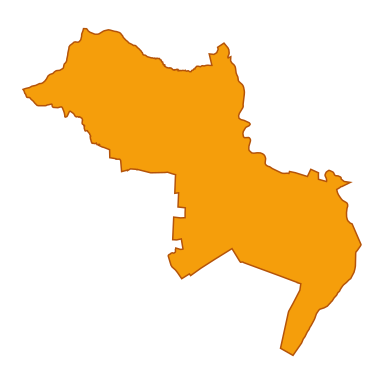 Feldioara, Brasov, Romania
{"feature_id": "2599482B87521690287479", "entity_name": "Feldioara", "entity_type": "district", "adm_level": 2, "iso_a3": "ROU", "parent_name": "Romania", "parent_adm1": "Brasov", "projection": "albers", "projection_center": [25.526, 45.82], "detail": "fine", "context": "isolated", "style": "filled", "palette": "amber", "viewbox_px": 384, "rotation_deg": 0, "n_neighbors": 0, "source": "geoboundaries", "source_scale": "gbopen_adm2", "svg_char_len": 5782}
<svg xmlns="http://www.w3.org/2000/svg" viewBox="0 0 384 384"><path d="M352.1,223.9L350.2,223.1L347.9,220.8L347.3,219.6L346.6,216.9L346.5,212.6L347.0,208.4L347.7,206.1L347.6,204.4L347.3,203.7L346.9,203.0L345.9,202.3L342.5,200.3L341.0,198.6L338.7,195.2L337.9,193.6L337.4,192.4L336.7,189.5L339.7,187.7L340.9,186.7L341.8,186.6L350.3,182.4L344.2,181.5L341.2,179.1L341.0,177.5L340.5,177.0L338.1,175.9L335.8,175.7L335.0,175.3L334.5,174.8L333.8,173.1L333.3,172.4L332.7,171.9L329.4,170.4L328.7,170.4L326.4,172.0L325.6,173.3L325.0,175.1L325.3,176.3L326.2,178.1L326.4,179.0L326.7,180.2L326.5,181.5L318.5,179.3L318.4,174.8L318.5,172.8L310.8,169.3L307.4,176.5L295.3,172.7L289.5,171.5L288.9,173.5L287.3,173.2L284.6,173.4L282.6,173.3L281.3,172.9L272.4,168.6L269.6,166.7L268.0,166.3L266.3,165.3L265.2,163.7L265.2,162.5L265.6,159.0L265.6,158.3L264.9,156.1L263.8,154.6L262.4,153.7L260.3,152.9L257.1,152.8L253.9,153.2L251.7,152.9L249.2,150.5L248.8,149.1L248.9,146.3L250.4,141.2L250.5,140.1L250.3,139.2L249.4,137.9L248.5,137.5L244.6,137.7L243.9,137.2L243.4,136.4L242.9,133.6L243.3,131.5L245.4,128.0L246.1,127.2L249.0,125.8L250.1,124.5L250.0,123.7L249.1,122.7L244.1,120.4L241.0,119.6L239.8,118.8L239.0,118.2L238.6,115.8L239.4,113.3L242.7,107.9L243.1,106.9L243.2,106.1L243.1,104.3L244.3,94.2L244.4,92.2L244.3,90.9L243.6,87.2L243.0,85.7L242.2,84.5L239.0,81.6L238.3,80.4L238.0,77.9L237.7,76.6L236.8,74.8L236.1,72.8L235.5,68.1L235.1,66.6L234.6,65.7L233.8,64.6L232.0,63.1L230.7,61.1L230.6,60.0L230.8,56.7L228.2,57.9L227.8,57.0L228.9,54.4L229.2,53.1L228.8,49.7L227.9,47.8L224.0,43.1L217.6,47.3L218.2,49.2L216.7,52.7L214.0,54.4L209.2,53.9L211.9,65.4L209.4,65.4L208.0,65.2L206.1,65.4L204.0,66.0L202.8,65.7L201.9,65.8L200.5,66.7L197.9,66.2L196.5,66.4L195.8,67.4L195.2,67.8L194.9,68.9L193.8,69.0L193.2,70.0L191.9,70.4L191.6,70.7L191.2,71.5L190.9,71.7L189.5,71.6L188.4,70.8L188.0,70.7L186.8,71.2L185.8,70.8L185.4,70.3L184.9,70.6L182.6,70.4L180.9,70.7L180.0,70.4L179.6,70.7L178.1,70.8L178.0,70.5L178.4,70.0L177.8,69.3L177.2,69.5L176.8,69.3L176.1,69.8L175.1,69.6L174.7,70.1L174.1,69.8L173.6,70.0L172.9,69.5L172.5,69.5L172.1,68.8L170.8,67.9L170.0,68.1L169.7,67.8L169.1,68.0L168.0,67.9L167.6,67.6L166.7,67.6L165.3,66.5L164.9,66.5L164.6,66.3L164.7,65.6L164.9,65.2L164.8,64.9L164.3,64.7L163.6,64.9L163.2,64.5L163.2,63.8L162.9,63.5L162.7,62.1L162.4,61.9L161.8,61.9L161.4,61.0L161.3,60.2L160.3,59.8L159.7,58.9L159.1,58.4L158.2,58.6L157.1,58.2L156.8,58.4L155.9,58.3L155.8,58.8L155.1,58.7L154.5,58.1L153.6,58.3L152.5,57.9L151.5,57.9L147.3,56.7L145.5,55.3L143.5,54.9L143.0,54.5L142.3,52.6L141.8,52.3L141.2,51.1L139.6,49.5L138.8,48.6L137.3,47.5L136.8,46.7L135.5,45.6L133.8,45.3L133.5,45.5L131.9,44.4L128.8,42.9L127.6,41.5L125.7,40.0L123.4,37.5L122.9,36.7L122.8,36.2L120.6,33.4L119.6,32.6L116.6,31.6L114.5,31.3L110.2,30.1L108.4,29.8L104.2,30.8L103.1,31.3L98.9,33.9L97.6,34.2L94.9,34.2L89.9,32.2L88.2,30.9L87.0,29.1L86.4,28.7L83.5,28.6L83.0,30.7L81.7,34.1L81.6,36.4L80.8,39.6L80.5,40.2L79.1,41.7L78.4,42.1L77.1,42.2L75.6,41.9L74.1,42.1L72.4,43.6L70.0,45.4L69.0,47.0L68.9,48.4L67.9,53.0L67.7,55.1L66.9,58.8L66.7,60.6L66.1,62.0L65.0,63.4L64.6,63.6L64.3,64.0L63.9,65.2L63.5,67.4L63.0,68.4L59.8,70.3L56.7,70.6L55.7,71.0L54.3,72.0L53.3,73.1L52.5,73.6L50.1,74.4L49.2,75.0L48.0,76.0L46.5,78.9L44.9,81.0L43.3,82.4L42.3,83.1L41.1,83.5L39.5,83.6L35.7,85.4L31.9,86.2L29.4,87.6L25.6,88.5L23.0,89.4L24.0,90.8L24.8,93.3L25.7,94.4L26.3,96.3L26.8,97.2L27.7,97.5L29.2,97.5L29.9,97.8L31.1,99.3L33.3,101.2L34.7,103.0L37.1,105.4L38.5,105.7L45.4,105.7L46.3,105.5L47.3,104.9L47.9,104.9L51.4,104.1L51.9,104.3L52.0,104.6L52.2,106.1L52.6,106.9L53.4,107.4L57.9,107.7L60.3,107.0L61.5,106.9L62.3,107.6L63.8,111.3L64.4,113.3L64.8,115.5L64.8,116.5L65.0,116.9L65.4,117.1L65.8,117.0L66.8,116.6L67.3,116.0L69.3,111.7L69.6,111.4L70.2,111.2L72.7,112.9L74.0,114.1L75.0,116.0L76.2,116.9L77.3,116.6L78.6,116.9L78.6,117.1L78.8,117.2L79.6,116.8L80.1,117.1L80.2,117.4L81.0,117.6L81.4,118.1L81.9,118.3L82.6,120.1L82.2,121.0L82.3,121.6L82.1,122.7L82.2,123.7L82.7,124.3L83.7,124.9L83.8,125.6L84.3,125.5L84.5,125.7L84.6,126.0L84.3,126.7L84.2,128.1L85.0,130.7L85.4,131.0L86.8,130.6L87.4,130.7L87.5,131.2L89.6,133.7L89.8,134.7L90.1,135.0L90.5,135.6L90.6,136.5L90.2,136.7L90.5,139.1L90.7,139.3L91.4,142.1L91.8,142.4L92.0,143.2L93.1,143.4L93.7,143.3L94.6,143.6L95.4,143.6L96.2,143.1L96.5,143.8L96.9,144.2L97.0,144.6L98.0,144.7L99.2,144.3L99.5,144.5L98.8,145.4L102.2,147.0L104.1,147.5L109.6,149.7L109.8,157.7L115.9,158.7L116.0,159.2L119.7,159.2L120.4,160.0L120.7,160.8L121.6,171.6L127.4,170.1L127.5,170.6L130.4,168.9L136.0,169.3L137.0,169.8L137.3,169.4L150.7,172.8L165.0,172.5L167.5,172.2L172.0,173.7L175.6,174.7L175.4,177.2L174.8,193.3L178.6,192.8L178.0,207.0L185.3,207.8L185.1,212.8L185.1,217.7L180.5,217.9L173.7,217.1L172.7,239.7L176.7,239.9L181.3,238.9L183.0,249.0L182.1,249.3L180.3,249.4L175.8,248.0L175.6,249.0L175.4,249.5L175.5,251.4L175.3,252.1L173.8,253.2L172.3,252.8L171.1,253.2L170.0,254.2L169.3,254.4L168.5,255.1L168.2,255.9L171.0,265.2L172.1,267.0L175.5,270.0L177.6,272.7L181.7,278.7L189.4,273.9L190.6,275.6L200.9,268.2L214.6,259.4L232.0,248.6L239.4,260.7L240.5,262.2L242.8,262.0L243.5,262.5L244.2,262.8L279.6,275.8L297.7,282.6L297.6,282.8L300.8,283.7L299.9,290.2L293.0,303.5L288.7,311.3L288.3,312.7L280.5,348.3L293.0,355.4L301.6,343.0L303.2,339.1L305.0,336.6L307.3,331.9L308.7,329.9L309.4,328.7L309.6,327.8L311.1,325.5L313.6,320.9L314.7,318.7L316.4,313.8L318.7,310.3L319.9,309.2L324.0,307.9L327.4,306.1L329.8,303.4L330.5,302.8L331.1,301.9L332.2,300.9L334.1,297.9L336.6,295.2L337.9,292.6L339.1,291.6L339.6,291.0L340.5,289.1L342.5,286.1L343.6,284.8L346.4,282.5L348.9,279.9L350.7,278.6L354.0,272.3L354.9,268.9L355.4,266.1L355.7,253.1L356.0,251.9L357.2,250.6L360.4,246.0L360.8,245.3L361.0,244.5L352.1,223.9Z" fill="#f59e0b" stroke="#b45309" stroke-width="1.5"/></svg>